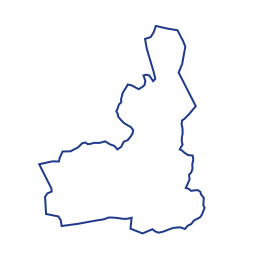 outline of São Joaquim do Monte, Pernambuco, Brazil, rotated 186°
{"feature_id": "56859067B64848357432681", "entity_name": "São Joaquim do Monte", "entity_type": "district", "adm_level": 2, "iso_a3": "BRA", "parent_name": "Brazil", "parent_adm1": "Pernambuco", "projection": "mercator", "projection_center": [-35.85, -8.484], "detail": "fine", "context": "isolated", "style": "outline", "palette": "blue", "viewbox_px": 256, "rotation_deg": 186, "n_neighbors": 0, "source": "geoboundaries", "source_scale": "gbopen_adm2", "svg_char_len": 1698}
<svg xmlns="http://www.w3.org/2000/svg" viewBox="0 0 256 256"><g transform="rotate(186 128 128)"><path d="M83.4,188.4L82.1,193.0L80.8,197.3L80.5,201.8L79.5,214.8L82.5,220.6L84.6,223.7L89.0,230.4L99.4,231.0L111.0,232.4L112.4,226.0L115.0,220.7L120.4,218.4L117.7,209.1L115.3,203.2L108.3,186.4L106.0,179.7L107.9,177.2L112.3,182.5L115.5,182.9L118.1,181.9L115.7,176.7L116.0,172.6L117.7,170.6L121.4,167.7L128.9,170.8L132.8,171.2L134.4,167.4L136.9,162.5L137.9,155.6L137.4,152.9L139.5,150.4L140.4,146.1L141.4,143.4L139.6,140.9L138.9,138.2L135.9,135.3L132.5,132.5L128.5,130.6L125.1,129.1L122.6,126.3L122.9,123.0L124.3,120.1L127.0,115.9L130.8,113.9L132.8,108.5L136.3,105.6L139.8,108.8L144.3,109.9L149.2,112.3L154.8,110.2L160.6,109.6L163.0,108.5L166.2,107.7L168.8,109.1L171.9,108.1L175.7,103.5L182.8,98.8L190.6,97.8L192.8,91.2L193.2,87.5L199.7,86.9L212.5,82.7L211.0,80.3L199.8,62.9L197.7,59.6L197.3,56.8L201.3,54.6L203.3,50.9L200.5,33.9L188.1,32.8L185.3,29.4L183.7,23.6L168.0,27.4L151.3,32.3L145.4,33.9L142.2,34.8L138.0,36.9L134.2,37.3L129.8,37.4L125.1,37.2L120.9,37.3L117.7,38.1L115.0,39.1L115.0,28.1L107.3,26.0L102.5,24.7L93.1,29.9L90.2,28.0L86.5,27.1L82.4,28.5L79.0,30.2L75.5,32.0L72.7,33.3L69.6,34.0L65.5,34.7L60.8,33.5L58.4,37.1L55.1,39.1L52.7,42.9L49.9,44.8L47.1,46.6L45.6,49.1L44.7,52.1L43.5,56.7L45.0,59.1L45.2,63.2L45.4,66.6L48.4,69.5L49.4,72.1L52.2,73.5L55.1,73.0L58.7,72.1L61.2,73.8L64.3,74.4L62.7,79.0L61.4,83.3L62.4,87.9L60.5,90.3L59.6,94.3L60.3,98.7L59.7,103.1L60.8,107.3L65.6,107.4L69.3,109.3L71.7,111.1L74.3,112.2L72.0,117.2L73.2,120.5L73.4,124.7L73.1,128.1L73.7,133.2L75.1,137.3L75.0,141.2L72.8,143.0L68.4,148.6L62.9,156.8L83.4,188.4Z" fill="none" stroke="#1e3a8a" stroke-width="2"/></g></svg>